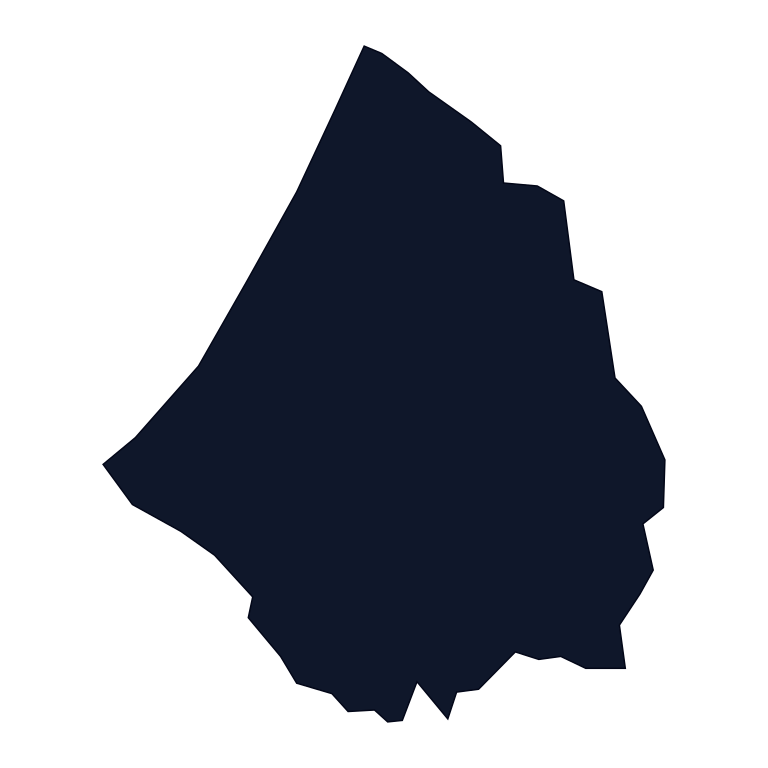 Kazivera, Cyprus
{"feature_id": "46923920B14139084564412", "entity_name": "Kazivera", "entity_type": "district", "adm_level": 2, "iso_a3": "CYP", "parent_name": "Cyprus", "parent_adm1": "", "projection": "natural_earth1", "projection_center": [32.913, 35.174], "detail": "fine", "context": "isolated", "style": "filled", "palette": "ink", "viewbox_px": 768, "rotation_deg": 0, "n_neighbors": 0, "source": "geoboundaries", "source_scale": "gbopen_adm2", "svg_char_len": 716}
<svg xmlns="http://www.w3.org/2000/svg" viewBox="0 0 768 768"><path d="M348.1,711.5L374.5,710.0L387.7,721.9L402.3,720.4L417.0,681.7L447.8,718.9L456.6,692.1L478.6,689.2L497.7,669.8L515.3,651.9L538.8,659.4L560.8,656.4L585.7,668.3L625.3,668.3L619.4,625.1L640.0,593.9L653.2,570.1L642.9,523.9L663.4,507.5L664.9,459.9L641.4,406.3L615.0,378.0L609.1,339.3L601.8,291.7L573.9,279.8L563.7,200.9L537.3,186.0L503.5,183.0L500.6,145.8L471.3,122.0L428.8,91.9L408.2,72.9L381.8,53.5L364.2,46.1L334.9,110.1L296.7,191.9L246.9,281.2L198.5,366.1L135.4,437.6L103.1,464.4L132.4,504.5L180.8,531.3L214.6,555.2L252.7,596.9L248.3,617.7L280.6,656.4L296.7,683.2L331.9,693.6L348.1,711.5Z" fill="#0f172a" stroke="#020617" stroke-width="1.5"/></svg>